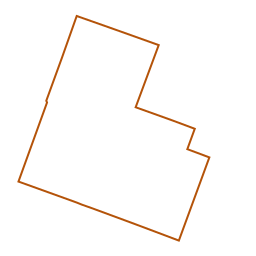 Cass, Indiana, United States of America, rotated 200°
{"feature_id": "52423323B33469895135011", "entity_name": "Cass", "entity_type": "district", "adm_level": 2, "iso_a3": "USA", "parent_name": "United States of America", "parent_adm1": "Indiana", "projection": "robinson", "projection_center": [-86.374, 40.736], "detail": "fine", "context": "isolated", "style": "outline", "palette": "amber", "viewbox_px": 256, "rotation_deg": 200, "n_neighbors": 0, "source": "geoboundaries", "source_scale": "gbopen_adm2", "svg_char_len": 379}
<svg xmlns="http://www.w3.org/2000/svg" viewBox="0 0 256 256"><g transform="rotate(200 128 128)"><path d="M41.7,39.6L41.5,128.2L65.0,128.4L65.0,137.6L65.0,150.1L88.7,150.3L127.9,150.1L127.5,216.4L174.5,216.1L214.5,215.7L214.1,171.8L214.1,125.6L212.8,124.3L212.6,40.2L150.5,40.4L145.2,40.2L135.2,40.3L88.5,40.1L41.7,39.6Z" fill="none" stroke="#b45309" stroke-width="2"/></g></svg>